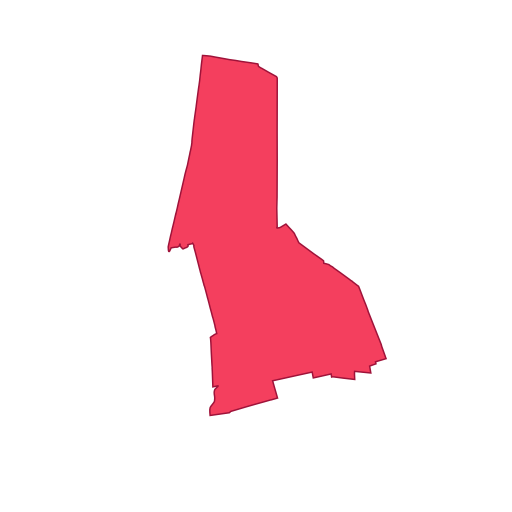 outline of Jilavele, Ialomita, Romania, rotated 308°
{"feature_id": "2599482B17913194075437", "entity_name": "Jilavele", "entity_type": "district", "adm_level": 2, "iso_a3": "ROU", "parent_name": "Romania", "parent_adm1": "Ialomita", "projection": "mercator", "projection_center": [26.543, 44.802], "detail": "fine", "context": "isolated", "style": "filled", "palette": "rose", "viewbox_px": 512, "rotation_deg": 308, "n_neighbors": 0, "source": "geoboundaries", "source_scale": "gbopen_adm2", "svg_char_len": 3737}
<svg xmlns="http://www.w3.org/2000/svg" viewBox="0 0 512 512"><g transform="rotate(308 256 256)"><path d="M157.3,360.4L159.0,358.1L164.0,351.2L167.9,345.9L190.3,364.4L199.1,371.7L195.2,376.2L200.5,380.6L209.3,387.8L208.1,389.1L207.2,390.1L207.6,390.4L208.5,391.5L213.4,399.8L219.5,409.8L221.6,408.0L223.7,406.2L225.8,404.7L234.5,418.5L239.2,413.3L244.9,416.9L246.2,415.3L250.7,418.5L255.2,421.7L256.4,419.7L256.7,419.4L256.9,419.0L262.1,410.8L263.4,409.1L267.2,402.6L281.4,378.4L281.9,377.8L285.0,372.8L288.0,367.6L293.7,358.2L294.8,356.3L295.3,355.4L295.2,353.6L295.2,347.8L295.3,347.0L295.1,345.9L295.1,343.6L295.0,340.8L294.9,337.5L294.8,334.4L294.7,331.6L294.4,325.2L294.5,323.1L294.1,320.5L294.1,318.7L293.0,316.0L292.0,313.9L293.8,312.2L293.8,309.6L293.3,300.4L292.8,281.7L293.4,280.4L294.1,279.0L294.9,277.6L296.2,274.6L297.3,272.5L297.6,271.6L298.0,269.5L298.4,267.3L298.9,263.9L299.6,259.9L293.9,257.7L292.9,257.2L291.7,256.1L291.2,255.6L291.0,255.3L291.1,255.0L291.2,254.9L292.2,254.6L306.4,243.0L315.3,236.4L334.9,221.2L344.2,214.0L366.6,196.4L406.2,165.6L407.6,164.5L409.0,163.4L409.3,163.1L409.6,162.6L409.8,162.0L409.9,161.8L409.9,161.4L409.8,160.8L409.5,158.9L408.9,155.1L408.4,151.9L407.4,144.8L407.2,144.0L407.1,143.2L407.0,142.0L407.0,141.2L407.4,140.6L408.2,139.7L408.5,139.2L405.3,133.4L400.4,124.9L397.5,119.5L394.4,114.2L391.8,109.2L387.3,100.7L386.3,98.7L385.3,96.8L383.5,94.0L382.7,92.8L382.6,92.6L382.2,92.0L381.1,90.4L373.4,95.0L369.9,97.2L369.3,97.6L364.5,100.5L359.7,103.5L355.1,106.2L354.9,106.3L353.1,107.3L346.6,111.1L337.3,116.6L337.2,116.7L329.0,121.4L327.1,122.5L326.5,122.9L325.2,123.6L322.7,125.1L308.7,133.7L306.9,134.9L305.9,135.7L305.5,135.9L303.3,137.2L300.9,138.4L298.5,139.6L297.1,140.2L296.6,140.5L294.6,141.5L290.7,143.4L285.5,146.0L280.0,148.3L276.8,149.7L272.6,151.7L253.5,160.6L249.1,162.6L245.6,164.3L239.7,167.0L239.7,166.9L232.9,170.1L228.7,172.0L226.2,173.1L221.8,175.2L219.5,176.2L214.1,178.8L213.0,179.3L211.1,180.2L209.1,181.2L208.9,181.4L207.0,183.1L206.2,183.9L205.9,184.4L206.2,184.9L206.8,184.9L208.6,184.5L209.9,184.2L210.2,184.1L210.4,184.3L211.8,185.6L212.9,186.6L213.7,187.4L214.2,188.2L214.8,188.7L215.7,189.1L216.3,189.3L216.6,189.3L216.9,189.2L217.6,189.0L218.0,188.8L218.5,188.7L218.6,189.0L218.0,189.4L217.3,189.9L217.1,190.5L217.0,190.8L216.8,192.2L216.6,193.2L216.5,193.7L216.7,194.1L217.0,194.4L218.4,195.0L219.5,195.7L220.2,196.1L221.1,196.4L221.9,196.4L222.3,196.2L222.6,195.8L222.8,195.4L223.1,195.4L225.9,197.7L226.5,198.1L227.1,198.2L226.5,199.6L226.0,200.7L225.7,200.8L225.4,201.0L225.0,201.4L224.8,201.6L223.6,203.2L221.6,205.9L218.6,209.8L213.6,216.3L211.5,219.0L210.0,221.0L208.8,222.5L208.5,223.0L207.3,224.6L206.3,226.0L206.2,226.1L205.2,227.5L202.9,230.5L201.9,231.9L201.0,233.0L200.5,233.8L200.4,234.1L199.5,235.3L197.1,238.5L194.5,241.9L193.7,242.9L192.1,245.1L190.2,247.6L187.1,251.6L183.8,256.0L181.4,259.1L180.6,260.3L179.5,261.8L177.8,264.0L176.0,266.3L175.5,267.0L175.2,267.1L173.0,270.0L171.6,271.7L170.7,272.8L170.5,272.6L169.4,272.1L168.3,271.5L167.6,271.4L166.9,271.2L166.0,270.8L165.2,270.6L164.4,270.3L164.1,270.3L163.9,270.2L163.7,270.2L163.6,270.3L162.9,271.1L159.7,274.0L152.2,280.4L142.7,288.7L141.2,290.1L140.9,290.3L140.6,290.5L138.3,292.5L126.3,302.6L130.3,305.9L130.2,306.1L129.9,306.3L129.6,306.3L128.7,306.1L126.3,305.8L125.3,305.8L124.2,306.2L123.8,306.4L122.8,307.0L121.4,308.2L120.0,309.7L118.6,311.0L116.5,312.4L116.0,312.7L115.1,312.9L114.0,313.0L111.0,313.0L109.8,313.0L108.4,313.2L107.8,313.5L106.5,314.2L104.5,315.8L102.1,318.0L116.1,331.5L118.0,331.8L130.8,340.9L138.9,346.8L144.7,351.1L151.4,356.0L152.3,356.8L153.3,357.5L156.3,359.7L157.1,360.2L157.3,360.4Z" fill="#f43f5e" stroke="#9f1239" stroke-width="1.5"/></g></svg>